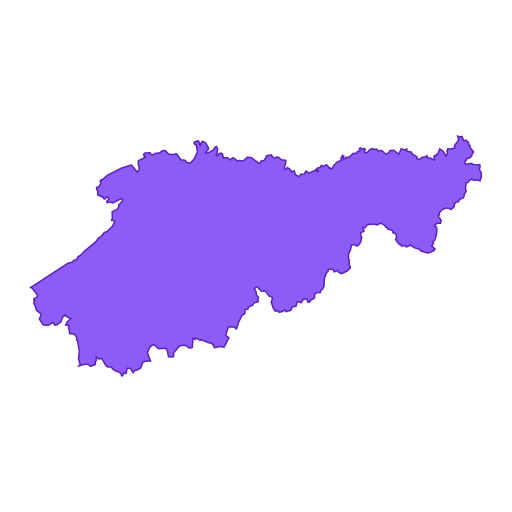 Phouvong, Attapu, Laos
{"feature_id": "54806243B34270486399712", "entity_name": "Phouvong", "entity_type": "district", "adm_level": 2, "iso_a3": "LAO", "parent_name": "Laos", "parent_adm1": "Attapu", "projection": "mercator", "projection_center": [107.075, 14.518], "detail": "fine", "context": "isolated", "style": "filled", "palette": "violet", "viewbox_px": 512, "rotation_deg": 0, "n_neighbors": 0, "source": "geoboundaries", "source_scale": "gbopen_adm2", "svg_char_len": 6068}
<svg xmlns="http://www.w3.org/2000/svg" viewBox="0 0 512 512"><path d="M30.7,287.5L31.9,288.0L37.3,294.8L37.3,296.9L33.8,298.9L33.9,300.1L35.1,300.6L33.9,302.2L33.8,303.6L35.2,305.9L36.4,310.2L41.4,314.3L39.3,319.0L43.1,324.8L45.7,325.3L48.8,325.0L53.2,322.3L54.8,325.2L56.9,324.8L61.1,321.6L62.2,317.8L65.0,314.8L66.5,316.7L70.9,318.5L67.2,321.9L65.6,325.0L69.1,325.4L68.4,328.1L69.3,329.5L69.6,333.6L74.3,334.0L76.8,337.4L76.5,339.5L77.7,341.5L79.4,351.3L78.5,358.6L80.1,364.3L78.9,365.8L85.5,364.1L88.2,364.4L90.6,366.4L91.6,366.2L92.5,365.0L94.5,365.2L95.5,363.9L95.2,362.4L96.2,360.4L96.3,357.0L98.6,359.0L101.9,358.6L105.8,365.6L107.8,367.0L111.3,366.9L112.7,369.1L116.0,371.2L119.1,372.0L121.0,373.9L121.6,375.7L122.4,375.9L123.9,372.7L125.3,373.6L126.3,373.1L127.1,368.3L130.2,368.3L133.1,372.6L134.5,370.6L137.5,369.9L140.6,368.1L142.6,362.9L143.7,361.8L148.2,360.8L150.5,361.0L147.4,352.8L149.6,347.4L153.0,344.6L155.7,345.9L158.4,348.7L165.5,348.3L167.3,350.5L168.5,356.7L172.8,357.0L173.8,356.0L173.3,353.4L179.2,346.2L183.4,345.2L186.6,345.7L188.2,347.5L191.1,348.0L192.3,347.5L192.9,338.2L195.0,339.4L196.0,338.1L199.4,340.0L203.1,340.4L208.6,342.8L211.1,343.1L213.1,344.8L214.6,347.7L219.3,346.6L224.1,347.1L228.9,337.8L225.7,335.4L228.2,327.0L233.8,326.9L236.5,328.9L238.7,322.0L241.9,315.5L244.7,313.8L245.0,309.9L248.0,308.9L248.3,307.2L252.7,305.1L253.9,302.9L258.3,301.6L257.9,299.8L258.5,297.2L256.4,295.2L256.1,291.9L254.5,289.1L256.0,287.0L257.3,287.1L261.5,291.2L265.5,291.1L269.0,296.0L272.0,297.0L272.3,299.3L271.2,302.0L273.2,307.9L274.5,310.4L275.9,311.3L277.3,310.4L279.1,312.3L282.6,311.5L284.7,309.9L286.1,311.7L290.6,310.4L291.6,309.1L291.7,307.1L296.0,306.2L297.1,301.8L300.1,302.0L301.0,302.8L303.6,299.1L307.1,299.2L307.8,302.1L309.4,302.1L311.4,299.6L313.8,298.7L314.6,297.5L314.6,294.2L317.3,292.5L320.2,292.6L321.3,289.8L322.6,289.1L324.1,285.9L324.3,278.6L326.5,272.7L328.1,271.3L328.2,269.7L329.5,269.2L333.1,269.5L334.2,271.9L337.5,270.5L338.7,272.3L341.6,273.7L347.0,271.1L350.2,268.1L350.3,266.9L349.1,264.6L349.3,259.9L348.4,258.8L348.5,254.0L350.4,250.3L351.4,245.0L354.2,244.7L357.1,246.1L358.4,245.1L360.4,242.6L361.8,237.4L360.9,235.9L360.6,232.9L364.0,231.2L362.8,227.6L364.9,227.8L366.4,225.6L368.4,224.5L374.8,224.1L376.6,225.0L380.9,223.1L385.2,225.7L385.7,227.2L386.8,227.3L387.8,229.0L392.4,230.5L393.1,233.0L394.1,232.7L396.0,234.4L396.5,236.7L395.6,239.5L398.2,243.2L399.7,244.6L400.7,244.5L401.6,246.1L404.8,245.4L406.4,247.0L408.3,245.9L409.4,246.0L410.1,244.8L414.6,247.8L419.2,249.1L421.0,251.1L428.0,253.1L434.2,250.5L435.0,248.5L433.6,247.9L431.7,245.6L433.5,243.7L432.6,242.2L434.6,240.4L436.2,235.4L437.0,229.4L436.3,226.9L434.7,226.0L434.7,225.2L437.2,223.2L440.5,223.3L441.2,220.4L438.4,216.5L438.2,215.8L439.3,214.9L439.2,212.8L442.3,209.5L445.9,208.1L448.4,208.2L451.1,209.5L454.3,206.6L454.3,204.0L456.0,202.1L458.5,201.7L459.6,199.4L463.6,197.6L464.6,193.6L466.2,191.4L465.5,188.7L466.0,182.7L467.9,182.5L469.5,180.3L471.7,179.0L473.7,180.4L476.6,179.9L480.0,180.8L481.3,177.2L481.3,173.0L479.3,169.3L480.1,166.5L479.7,164.7L475.0,164.9L470.7,163.3L465.7,164.5L464.6,161.8L466.5,159.9L466.6,158.8L469.5,158.0L471.7,156.1L471.7,154.8L473.6,151.9L470.0,147.5L470.0,145.4L468.6,144.7L468.6,142.3L467.3,141.8L466.4,140.2L463.7,140.6L462.0,136.5L459.5,136.9L457.7,136.1L458.7,140.1L454.6,145.4L454.6,148.0L450.3,149.1L447.9,148.7L446.9,151.6L447.7,153.6L446.2,155.8L443.0,151.1L439.7,148.9L438.0,153.5L436.6,154.3L436.4,155.5L435.0,155.4L433.9,156.5L434.5,159.7L434.1,160.2L430.4,158.1L428.0,158.1L426.9,155.7L425.0,157.0L422.2,157.2L420.1,159.2L418.0,159.0L416.7,158.1L416.9,156.8L412.2,153.9L411.3,152.1L406.8,151.1L406.8,149.1L404.6,149.8L401.1,148.9L398.8,154.2L393.4,150.0L392.3,150.6L390.0,150.4L388.7,152.8L386.5,154.0L384.2,153.1L383.5,151.9L381.1,150.4L378.7,151.2L376.8,149.1L373.3,149.3L372.2,148.5L370.4,149.2L367.1,152.4L365.0,152.9L364.4,151.5L365.3,149.4L364.3,148.5L362.7,149.1L360.3,147.8L359.3,148.6L360.0,149.9L359.6,150.9L357.5,151.4L356.6,153.3L353.2,153.4L349.6,156.7L347.5,157.7L346.4,157.1L343.9,159.5L343.2,158.7L343.9,156.2L342.5,155.4L341.0,158.1L341.3,160.2L336.9,162.2L333.2,166.2L332.7,168.0L330.8,168.9L329.9,167.6L328.7,168.0L328.1,166.2L326.4,164.8L322.9,166.5L321.3,165.4L320.3,167.4L318.0,167.8L316.1,169.5L318.3,170.7L318.2,171.6L315.1,170.4L308.7,173.1L306.0,171.0L304.4,173.8L302.9,174.4L301.0,174.1L299.1,176.7L295.4,174.6L294.2,170.8L291.8,171.8L289.7,169.0L287.3,167.5L286.0,169.2L284.8,169.2L284.3,168.2L285.9,162.2L285.7,160.4L281.1,159.7L278.6,157.3L276.8,156.9L274.7,158.3L272.0,156.3L271.6,154.9L267.5,155.4L266.1,156.4L264.7,159.8L263.2,160.9L261.2,160.9L259.6,163.7L251.0,157.5L247.2,157.3L244.0,160.3L242.4,161.0L239.1,160.5L237.1,161.0L234.7,158.6L232.8,157.8L230.2,159.9L227.3,157.6L223.3,157.9L222.5,154.0L221.5,153.2L219.2,153.5L217.2,155.7L216.3,155.5L216.0,154.7L217.0,153.2L217.6,148.7L216.3,146.5L214.8,147.4L213.2,150.3L207.3,153.1L205.9,153.0L205.5,152.5L208.3,149.5L208.5,148.1L205.5,142.8L202.9,141.3L201.8,141.7L200.5,145.3L199.6,144.8L199.9,143.6L198.2,140.7L194.5,141.9L194.0,143.0L194.9,144.4L196.1,144.7L197.5,151.6L194.2,158.9L190.4,163.1L187.2,162.6L184.8,160.2L181.1,159.9L176.5,153.8L173.4,154.6L168.6,154.2L165.4,150.7L162.8,150.5L159.3,153.0L155.3,153.3L153.0,154.8L151.1,154.4L150.0,152.7L144.7,153.1L143.6,154.6L144.0,155.8L145.5,156.4L145.4,157.2L138.3,160.8L138.3,164.6L139.4,167.9L139.1,169.9L137.4,172.1L131.4,165.0L121.7,168.0L107.5,175.2L102.4,179.8L101.5,179.5L101.2,180.5L100.1,181.0L100.9,183.0L99.0,186.7L96.6,187.4L96.6,189.1L97.7,191.2L97.7,195.0L102.9,197.2L104.1,198.9L105.1,198.9L107.0,196.9L108.9,198.1L109.0,198.9L106.7,201.4L107.1,202.7L110.5,202.1L112.8,203.0L121.2,198.7L122.5,199.2L122.4,201.2L118.8,204.8L118.6,207.0L117.2,209.3L112.1,211.9L112.4,217.8L111.6,220.3L114.5,220.8L114.8,221.8L112.1,226.7L106.9,231.7L104.4,232.4L100.4,237.2L98.7,237.8L95.7,241.9L84.7,250.9L80.5,255.4L78.1,256.6L76.6,259.5L74.0,260.4L71.8,262.3L68.0,263.2L30.7,287.5Z" fill="#8b5cf6" stroke="#5b21b6" stroke-width="1.5"/></svg>